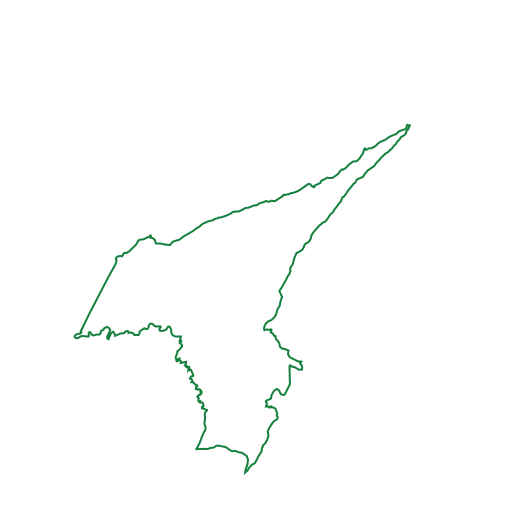 Tocaima, Cundinamarca, Colombia (Equal Earth projection), rotated 34°
{"feature_id": "7082276B61124512176506", "entity_name": "Tocaima", "entity_type": "district", "adm_level": 2, "iso_a3": "COL", "parent_name": "Colombia", "parent_adm1": "Cundinamarca", "projection": "equal_earth", "projection_center": [-74.634, 4.489], "detail": "fine", "context": "isolated", "style": "outline", "palette": "green", "viewbox_px": 512, "rotation_deg": 34, "n_neighbors": 0, "source": "geoboundaries", "source_scale": "gbopen_adm2", "svg_char_len": 6131}
<svg xmlns="http://www.w3.org/2000/svg" viewBox="0 0 512 512"><g transform="rotate(34 256 256)"><path d="M172.2,298.3L171.1,298.4L169.7,299.2L166.3,301.5L165.4,301.2L163.2,299.3L160.8,298.9L159.3,299.2L158.8,299.7L157.3,297.9L156.8,298.3L156.7,300.2L155.8,300.8L153.8,304.7L150.3,307.7L149.9,309.1L150.2,313.5L148.4,322.6L147.0,325.9L145.8,326.4L144.9,327.9L145.2,331.2L143.6,331.7L141.5,333.8L141.2,335.4L141.2,336.5L143.1,337.9L144.1,341.3L145.3,355.1L150.0,396.4L152.9,416.7L153.9,416.9L154.0,417.3L153.7,418.8L152.3,419.8L150.5,422.1L150.5,423.8L150.9,424.7L152.1,424.9L153.5,424.2L154.5,423.2L155.5,420.9L156.6,419.5L162.1,416.6L162.1,415.7L160.5,413.8L160.3,413.1L160.6,412.1L161.6,411.9L163.7,413.1L165.5,412.9L168.3,409.7L170.1,408.8L170.4,406.7L169.4,405.0L169.5,404.2L170.6,403.2L170.6,400.6L172.0,398.4L172.5,397.9L173.4,397.9L175.5,398.3L176.7,399.0L177.8,406.2L178.6,407.3L179.6,407.7L180.2,407.5L179.1,401.8L179.2,400.7L179.9,398.6L181.7,399.2L183.8,401.0L186.7,396.4L189.8,393.6L190.0,391.9L191.1,390.2L192.2,390.0L193.3,391.1L194.2,389.9L197.5,388.7L199.4,389.6L200.8,388.4L202.8,387.3L202.8,385.6L202.0,384.4L201.9,383.0L203.8,378.4L205.9,378.1L206.5,377.6L206.9,376.5L206.9,375.3L206.0,373.8L205.9,372.8L206.4,371.0L207.9,370.2L211.1,370.7L212.5,370.4L216.0,367.8L216.8,368.2L216.7,369.9L217.0,371.1L218.2,371.6L218.9,371.3L220.0,370.7L222.5,368.0L222.7,367.0L222.5,364.4L222.7,363.7L223.6,363.0L224.3,363.1L226.7,364.4L229.2,367.4L231.4,368.2L234.5,367.7L238.7,364.7L238.9,364.9L240.1,368.9L241.3,368.1L242.0,368.7L241.4,370.8L243.6,371.0L244.7,371.5L245.3,372.3L245.0,373.4L245.1,375.3L244.1,379.0L245.0,380.4L245.8,384.2L246.3,385.4L248.0,386.4L248.7,387.5L249.4,387.5L250.2,386.3L250.1,385.9L249.0,385.0L249.8,383.7L250.7,385.2L251.7,385.0L253.1,385.5L253.4,386.7L257.3,382.8L258.1,384.8L258.3,386.4L258.8,386.4L259.3,385.8L260.2,385.9L260.0,386.9L260.5,387.0L262.1,385.8L263.5,388.2L263.5,386.3L264.1,387.0L264.2,388.3L265.6,386.9L266.0,387.4L267.0,387.5L270.6,389.8L270.9,390.7L269.6,392.2L269.6,394.3L270.1,394.7L271.3,394.1L272.2,394.4L272.9,395.1L273.0,396.7L274.5,395.8L277.1,396.5L279.5,396.2L280.1,396.6L280.2,397.1L279.5,398.5L280.6,399.9L281.9,399.3L282.7,399.3L283.1,398.2L283.7,398.0L285.2,398.2L285.6,399.4L286.2,400.0L286.8,399.0L287.0,399.1L287.5,400.1L287.5,401.9L287.2,402.5L286.4,402.9L286.0,405.3L286.5,405.9L287.4,405.5L288.1,405.9L289.0,408.2L290.0,408.5L290.7,407.7L290.9,408.8L292.1,408.5L293.2,407.5L294.0,407.6L296.0,409.2L296.4,409.8L296.4,410.5L295.8,410.7L295.7,411.4L295.7,411.8L296.3,412.4L301.5,411.1L301.7,412.0L301.2,414.2L302.4,416.5L304.3,418.6L307.0,424.0L309.9,426.1L311.3,428.4L311.3,430.9L312.0,435.0L313.9,442.8L314.5,448.3L314.4,450.3L315.2,448.8L323.9,442.9L326.0,440.2L328.1,438.4L329.5,435.2L330.5,434.4L337.6,431.4L344.5,431.4L345.5,431.0L348.4,428.9L350.4,428.7L354.6,427.0L360.1,427.0L363.2,429.3L365.4,433.4L366.8,438.7L368.1,441.6L368.9,438.3L368.7,435.0L369.5,430.9L370.6,429.2L370.8,428.0L370.6,423.5L370.0,422.2L370.0,416.4L369.5,413.7L368.2,411.9L368.3,410.5L367.7,409.0L368.5,405.6L368.1,404.3L368.2,402.9L367.0,398.4L364.8,395.8L363.8,395.2L363.1,391.3L363.0,384.4L363.7,381.7L364.7,379.7L364.5,377.8L362.5,376.8L361.6,374.7L357.5,371.7L355.3,371.8L354.0,372.6L352.9,372.1L352.1,372.7L352.5,373.4L351.8,374.2L349.8,374.1L348.4,375.3L348.1,374.7L348.1,373.2L347.0,371.9L345.4,371.1L345.6,369.8L348.0,366.2L348.1,365.4L346.9,363.5L346.4,360.1L346.4,357.4L347.6,354.6L350.1,354.5L354.0,356.7L356.5,355.8L357.1,355.2L357.2,354.2L355.9,343.7L355.4,342.7L345.7,329.1L345.2,327.8L345.8,327.3L347.2,327.8L350.3,326.5L355.1,326.3L357.6,324.4L356.7,322.7L355.2,321.1L353.6,320.9L352.3,320.1L352.6,319.4L352.7,318.3L351.6,318.6L350.9,319.4L349.6,319.9L340.6,321.0L337.5,319.6L335.8,316.2L331.9,317.0L329.6,318.1L326.8,317.9L324.2,315.5L322.0,314.3L319.7,313.9L318.0,312.8L317.0,311.5L315.6,312.1L313.5,310.8L311.1,311.1L310.2,308.7L309.8,308.4L309.1,308.6L308.7,309.8L306.2,310.7L304.5,312.7L303.2,311.7L302.3,309.6L301.9,306.4L302.9,302.9L304.0,301.6L304.6,300.2L305.4,297.0L305.5,294.8L305.3,293.3L303.5,287.4L303.6,285.1L303.3,283.6L301.9,280.4L300.8,276.8L300.7,275.5L294.9,271.9L294.9,266.9L294.1,257.8L293.6,255.2L293.8,252.6L292.8,248.8L291.9,248.3L291.0,246.2L291.1,242.4L288.8,235.8L287.9,230.8L289.0,229.2L290.8,225.2L290.7,221.5L290.1,220.4L290.0,219.5L290.4,217.7L291.7,215.3L291.9,214.3L291.6,210.3L290.7,208.8L290.3,206.6L290.4,203.7L291.4,195.7L292.4,192.5L292.4,191.6L294.0,189.0L294.5,186.7L294.4,179.8L295.3,176.7L295.0,174.6L295.4,168.5L295.3,167.3L295.8,163.8L295.8,162.8L294.8,159.7L295.1,158.5L295.6,157.9L295.9,153.9L295.6,150.9L296.0,148.8L296.5,141.5L297.3,139.6L296.9,137.4L297.0,135.8L300.4,130.6L300.3,127.6L300.8,122.7L303.7,115.2L303.7,111.7L304.6,107.2L304.6,105.2L306.0,99.0L307.6,95.4L307.8,93.3L308.5,91.7L308.7,87.1L309.5,84.5L309.1,83.1L309.8,79.1L309.6,76.8L311.8,71.9L311.0,68.3L311.3,65.8L310.7,64.1L310.8,62.2L310.5,61.7L309.8,62.3L308.2,62.5L308.1,63.5L309.2,66.3L308.6,67.8L306.8,69.7L305.6,71.8L304.9,72.1L304.9,73.1L304.2,75.2L304.3,76.5L303.5,77.0L300.7,81.3L299.1,84.7L298.3,87.3L295.6,91.3L294.4,93.9L293.7,97.5L292.9,99.6L292.4,100.0L292.3,100.9L291.1,102.4L289.4,103.6L287.9,106.5L286.9,106.5L286.2,105.9L285.9,106.3L287.4,111.7L287.1,112.7L287.3,117.3L286.8,120.0L286.3,121.3L283.7,123.3L282.8,125.6L281.7,129.2L281.2,133.0L280.0,135.7L279.0,135.9L278.1,138.7L278.3,141.0L278.0,142.7L275.7,148.5L272.9,150.6L271.4,151.0L269.0,155.7L268.6,155.9L268.0,157.7L268.5,159.5L265.3,164.7L265.8,166.1L265.7,166.5L265.1,166.7L264.3,166.4L263.8,166.9L260.9,166.2L259.2,166.8L255.5,176.5L254.4,178.9L251.0,183.5L250.1,183.9L248.5,186.6L245.7,189.3L244.6,189.8L244.7,191.2L241.3,199.4L240.1,200.6L238.0,201.4L236.9,203.2L235.9,204.1L233.6,204.8L231.9,207.4L229.4,210.4L228.2,213.6L226.3,215.0L223.0,219.8L220.3,222.3L217.2,228.2L212.2,232.3L211.3,234.9L208.8,239.2L205.3,243.7L203.8,244.8L202.8,246.5L201.0,248.4L200.3,250.4L196.5,254.7L194.1,258.7L193.3,260.4L193.0,262.3L190.7,267.5L190.0,270.0L185.0,280.4L183.4,285.3L180.0,289.3L178.9,291.2L178.6,295.0L172.2,298.3Z" fill="none" stroke="#15803d" stroke-width="2"/></g></svg>